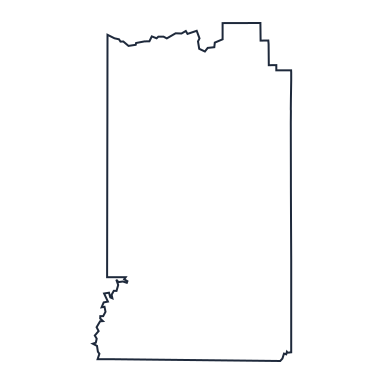 outline of Uintah, Utah, United States of America
{"feature_id": "52423323B93932790335790", "entity_name": "Uintah", "entity_type": "district", "adm_level": 2, "iso_a3": "USA", "parent_name": "United States of America", "parent_adm1": "Utah", "projection": "robinson", "projection_center": [-109.611, 40.16], "detail": "fine", "context": "isolated", "style": "outline", "palette": "slate", "viewbox_px": 384, "rotation_deg": 0, "n_neighbors": 0, "source": "geoboundaries", "source_scale": "gbopen_adm2", "svg_char_len": 1229}
<svg xmlns="http://www.w3.org/2000/svg" viewBox="0 0 384 384"><path d="M290.9,176.4L290.8,122.9L290.9,110.7L290.8,109.5L290.9,99.9L291.2,80.7L291.2,72.4L291.1,70.3L276.3,70.3L276.3,65.1L268.8,65.2L268.6,44.0L268.3,40.5L260.6,40.6L260.4,23.0L222.6,23.1L222.6,39.3L214.8,42.6L214.3,47.2L207.7,47.9L204.9,51.5L199.2,48.8L198.0,41.4L199.5,38.4L196.7,30.8L187.5,33.9L185.8,31.0L181.5,33.5L175.6,33.3L166.8,38.4L163.6,36.7L158.3,36.7L156.6,38.3L151.8,36.4L149.4,41.3L144.5,41.4L136.1,43.0L135.7,44.8L128.5,45.9L123.3,41.5L120.5,41.6L119.0,39.3L114.5,38.3L107.5,34.8L107.4,109.8L107.3,154.7L107.1,277.2L125.7,277.2L124.2,279.3L127.4,281.2L126.8,282.8L122.9,281.5L118.5,282.1L116.3,279.7L118.2,285.0L116.5,290.9L113.8,290.8L111.6,294.8L112.4,298.3L110.3,297.4L109.0,292.7L104.1,293.5L107.9,301.6L103.7,302.4L101.6,307.3L104.5,306.8L105.5,311.8L103.2,316.1L100.3,316.1L100.2,318.5L102.9,321.1L100.1,321.3L96.6,327.2L98.6,331.1L94.8,335.5L96.7,338.7L95.8,342.7L92.8,343.7L97.0,345.9L97.9,351.7L99.4,353.8L97.6,359.2L111.6,359.2L280.2,361.0L282.4,358.6L284.0,353.6L286.2,354.3L286.9,351.8L287.6,352.7L291.2,352.3L291.2,312.7L291.2,260.5L291.0,215.9L291.0,215.7L290.9,186.5L290.9,176.4Z" fill="none" stroke="#1e293b" stroke-width="2"/></svg>